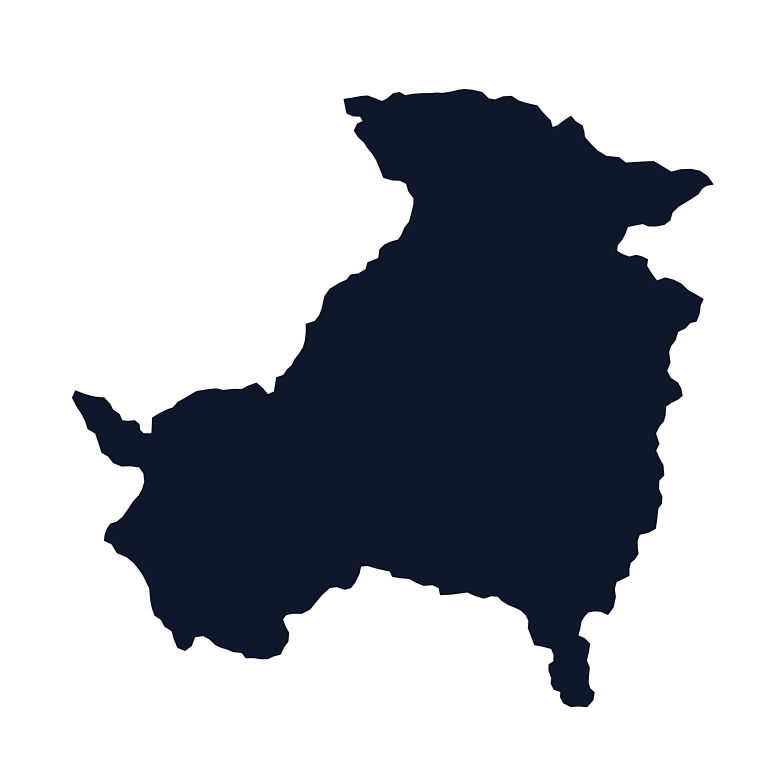 outline of Resende Costa, Minas Gerais, Brazil, rotated 96°
{"feature_id": "56859067B27120109396475", "entity_name": "Resende Costa", "entity_type": "district", "adm_level": 2, "iso_a3": "BRA", "parent_name": "Brazil", "parent_adm1": "Minas Gerais", "projection": "orthographic", "projection_center": [-44.289, -20.864], "detail": "fine", "context": "isolated", "style": "filled", "palette": "ink", "viewbox_px": 768, "rotation_deg": 96, "n_neighbors": 0, "source": "geoboundaries", "source_scale": "gbopen_adm2", "svg_char_len": 4412}
<svg xmlns="http://www.w3.org/2000/svg" viewBox="0 0 768 768"><g transform="rotate(96 384 384)"><path d="M667.3,561.4L669.6,554.1L664.1,548.4L654.9,545.9L652.8,537.4L655.7,530.4L660.6,524.1L662.6,518.6L663.6,512.8L665.6,505.9L665.7,497.0L670.4,492.7L669.5,484.7L669.8,477.1L669.1,471.1L665.9,465.8L663.3,459.0L656.1,456.5L649.9,452.9L641.7,453.0L635.1,457.5L628.5,460.6L623.4,457.5L621.3,450.8L620.4,441.9L615.3,434.3L608.1,429.6L600.2,424.4L592.0,417.1L590.2,409.8L592.0,401.6L589.8,396.0L584.2,392.5L575.3,389.3L567.3,388.3L565.9,381.4L567.5,372.9L568.6,364.2L569.2,358.2L574.2,355.3L574.7,348.4L574.5,338.5L577.7,330.9L579.8,323.6L578.3,314.5L580.8,307.8L587.3,305.6L585.8,295.8L583.8,287.3L581.9,279.3L584.6,271.0L586.3,262.5L583.1,255.2L582.9,248.5L586.7,244.1L590.0,237.5L591.8,231.1L594.1,224.4L598.8,218.2L604.3,214.9L611.6,214.7L620.9,209.9L627.3,206.8L627.9,198.8L629.4,189.6L635.3,186.4L642.4,185.8L645.9,190.3L651.6,189.7L658.8,186.2L664.3,186.2L669.7,182.8L671.2,175.7L676.8,175.5L682.2,171.9L685.1,164.4L683.7,157.3L683.4,148.5L676.2,143.4L668.9,143.0L665.6,147.6L660.2,150.0L652.8,150.4L644.8,150.4L637.8,154.1L628.9,152.9L620.9,152.6L616.4,158.3L614.3,165.3L606.2,163.9L599.6,163.6L593.9,160.9L589.2,157.3L587.4,151.3L587.1,144.5L589.4,137.4L581.7,132.9L571.4,131.9L563.7,133.8L556.3,132.6L552.1,126.1L548.8,120.6L542.0,121.4L535.8,120.6L531.7,116.7L526.4,113.9L519.4,115.4L513.2,116.1L506.7,114.5L503.8,106.0L499.1,99.2L489.5,98.9L479.1,98.9L473.8,95.8L467.1,96.1L460.0,100.2L451.1,100.9L445.4,96.5L435.7,98.3L429.1,103.0L421.7,107.2L414.8,104.6L404.8,109.1L397.0,106.2L391.5,102.4L385.8,101.4L376.6,101.8L372.0,96.5L368.4,90.7L364.4,86.6L358.0,88.4L352.3,92.3L348.5,99.9L341.4,104.6L332.8,102.0L322.2,104.6L315.8,103.0L309.7,99.3L301.0,97.6L296.7,90.7L290.8,86.2L288.7,80.3L281.2,78.1L272.6,78.0L266.4,75.9L263.7,81.8L259.6,91.4L253.7,99.2L250.7,106.9L249.4,115.4L253.4,123.4L249.0,127.5L244.2,131.7L239.2,135.4L232.9,135.2L230.8,140.8L229.9,146.5L232.4,153.4L230.6,160.5L227.6,166.8L221.4,166.8L215.5,162.9L208.7,160.1L201.8,158.5L199.2,150.4L197.1,143.3L198.9,137.3L198.2,130.0L195.8,122.1L190.9,117.0L183.1,115.6L176.3,110.1L171.5,103.5L166.8,97.7L162.0,91.7L156.1,88.5L152.5,84.2L150.8,78.2L144.0,84.2L139.6,92.1L138.7,101.0L140.1,111.4L143.6,120.3L138.7,130.8L134.9,138.9L136.0,147.0L137.6,157.0L139.3,166.6L134.6,174.1L134.6,186.8L129.9,196.6L123.4,204.6L117.7,210.6L112.4,211.8L106.8,214.0L103.2,221.3L98.5,226.1L104.7,233.4L109.3,238.2L111.8,243.5L104.6,246.5L100.5,251.6L96.4,256.3L91.7,260.7L90.2,273.1L88.4,280.6L84.9,287.3L86.1,295.3L90.2,303.2L89.7,309.9L84.0,317.2L82.9,326.5L82.9,334.6L84.3,340.3L87.1,348.5L89.1,355.8L89.4,361.9L90.5,367.8L91.5,376.3L93.0,385.2L95.4,393.2L92.7,399.1L94.5,404.9L100.0,410.0L103.6,415.3L101.3,423.6L99.5,430.6L101.0,437.8L103.1,444.8L105.2,453.1L112.5,450.9L118.4,448.9L120.3,442.8L119.9,435.3L125.0,431.7L128.3,437.3L135.0,439.7L140.9,435.0L145.2,429.0L150.5,424.8L155.4,419.7L162.4,414.3L170.0,410.2L178.5,405.7L180.0,397.0L179.4,389.3L182.1,382.4L189.4,379.4L196.0,373.4L202.6,372.8L212.1,374.1L220.2,375.3L226.5,379.4L233.9,381.6L239.3,384.5L242.5,392.1L245.5,397.4L250.8,401.9L259.7,402.2L265.3,412.6L272.2,413.6L277.5,420.9L279.2,428.2L284.7,431.7L288.7,438.6L295.3,447.3L302.9,451.7L310.3,452.6L315.9,453.2L322.8,455.1L329.1,459.0L332.9,467.4L339.7,466.5L348.8,466.5L356.3,467.8L363.1,471.2L369.3,475.1L374.9,476.9L380.0,481.4L386.1,484.6L389.1,491.2L396.4,491.6L403.3,492.0L407.2,498.5L401.2,504.6L396.8,511.0L400.6,518.8L404.5,524.4L405.3,533.1L407.5,543.2L406.6,550.3L408.7,560.0L411.3,569.3L414.9,574.3L418.7,579.3L423.7,586.6L429.9,591.0L432.3,596.2L436.7,603.4L442.1,610.4L449.8,609.8L458.0,609.4L458.9,618.0L455.4,622.5L450.1,623.5L446.8,628.2L448.2,634.5L448.2,640.8L442.1,644.3L438.3,651.3L433.2,654.5L427.3,661.1L427.6,669.3L426.8,675.3L425.7,681.6L423.4,689.9L430.2,692.1L437.4,687.4L446.1,680.4L452.7,676.3L459.3,673.5L462.9,665.5L472.3,661.1L481.2,657.3L484.4,650.4L490.3,644.7L492.7,636.5L491.6,627.9L491.8,618.4L498.0,613.2L506.6,611.4L514.3,613.0L520.9,615.8L527.0,620.5L535.8,625.0L544.1,629.8L549.6,635.2L552.1,641.2L557.2,643.8L562.8,645.3L568.7,645.4L571.3,637.7L579.4,631.7L582.7,621.3L588.0,613.3L593.6,608.0L599.7,602.8L606.5,598.7L611.0,595.6L617.5,594.3L624.6,592.8L630.9,590.8L637.7,587.6L641.5,580.5L647.5,576.7L651.6,568.8L659.8,565.6L667.3,561.4Z" fill="#0f172a" stroke="#020617" stroke-width="1.5"/></g></svg>